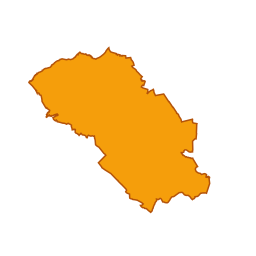 Targu Carbunesti, Gorj, Romania, rotated 50°
{"feature_id": "2599482B79370866887971", "entity_name": "Targu Carbunesti", "entity_type": "district", "adm_level": 2, "iso_a3": "ROU", "parent_name": "Romania", "parent_adm1": "Gorj", "projection": "robinson", "projection_center": [23.515, 44.967], "detail": "fine", "context": "isolated", "style": "filled", "palette": "amber", "viewbox_px": 256, "rotation_deg": 50, "n_neighbors": 0, "source": "geoboundaries", "source_scale": "gbopen_adm2", "svg_char_len": 5715}
<svg xmlns="http://www.w3.org/2000/svg" viewBox="0 0 256 256"><g transform="rotate(50 128 128)"><path d="M94.6,170.4L94.7,169.7L95.3,169.3L97.3,171.2L98.4,171.2L100.0,170.3L100.4,170.4L101.2,170.1L102.2,170.2L102.0,169.2L102.1,168.6L101.7,167.7L101.9,167.4L103.9,167.4L105.1,166.3L106.0,165.7L107.5,165.5L108.5,166.0L109.2,165.6L109.0,165.1L108.4,164.6L108.1,163.0L110.0,162.0L110.7,161.1L111.1,160.2L112.2,159.7L112.5,159.3L112.6,159.0L114.6,160.3L115.1,160.4L116.1,160.9L120.0,163.6L122.1,163.3L124.0,162.6L132.1,162.8L132.9,162.5L134.6,162.5L135.6,173.0L140.8,173.2L141.6,173.5L145.1,172.6L151.9,170.4L160.8,169.8L161.8,169.4L162.1,169.7L162.7,169.7L167.0,169.3L167.2,169.1L167.8,169.2L173.3,168.8L174.3,168.9L174.9,169.2L175.3,170.7L175.9,170.8L176.5,170.8L177.8,170.3L179.6,169.3L181.9,171.1L182.8,171.7L183.1,171.7L184.2,171.2L185.1,170.4L185.8,170.3L187.4,168.8L189.3,167.3L193.9,165.5L195.9,165.2L195.9,165.7L196.1,165.9L196.0,167.2L195.3,168.2L196.6,168.4L198.4,168.0L199.3,167.0L200.4,166.9L201.6,165.7L203.7,165.5L206.0,165.1L206.1,164.9L207.2,164.8L207.0,162.9L205.7,161.0L205.5,160.2L204.8,159.4L203.8,157.5L203.4,156.3L202.6,155.2L202.1,152.9L201.4,152.2L200.7,151.9L200.9,151.6L201.5,151.6L202.2,151.0L202.5,149.8L202.4,149.1L202.8,148.4L203.4,148.2L204.9,148.4L207.0,148.9L208.0,147.9L208.7,147.7L209.7,146.9L210.5,146.0L210.7,145.2L210.6,144.7L210.0,142.2L209.5,141.2L209.0,139.1L209.1,138.3L209.6,137.7L210.0,136.7L210.4,130.5L211.6,128.5L212.2,127.9L212.7,127.7L215.4,127.7L217.0,126.8L218.3,125.2L220.3,124.7L222.8,124.9L224.2,124.7L224.1,124.3L224.6,123.0L224.4,121.7L224.0,121.0L224.1,120.6L223.9,120.6L225.1,118.7L225.2,117.5L224.7,114.4L225.6,112.8L227.8,110.1L228.4,109.8L223.0,101.1L218.7,98.3L218.6,97.5L218.0,97.2L217.0,97.5L217.4,98.2L216.7,98.3L216.7,98.6L215.8,98.6L215.8,98.9L216.2,99.5L215.7,99.8L214.1,97.8L212.7,98.3L212.0,98.9L210.9,101.5L209.2,101.8L207.8,103.0L205.4,103.7L204.6,103.6L203.2,103.1L202.5,102.5L201.9,101.0L202.3,99.5L193.4,98.1L192.8,97.8L192.0,98.6L191.9,99.3L190.9,99.4L190.1,100.3L189.5,100.4L189.0,101.2L187.5,101.8L187.2,102.5L185.1,102.8L184.3,103.5L184.1,103.4L184.2,103.1L182.2,103.3L181.7,103.1L181.3,103.2L181.0,103.0L182.0,101.9L182.3,100.7L181.4,99.7L181.3,98.6L181.5,98.2L182.5,97.3L185.4,96.6L186.4,95.9L187.8,93.9L186.6,93.0L186.6,92.6L179.6,87.0L179.3,83.7L180.1,82.9L176.2,78.9L175.8,78.8L169.6,73.2L169.0,72.4L166.1,74.8L165.4,74.9L163.3,73.7L163.0,73.4L163.1,73.2L162.7,73.0L157.8,83.0L155.3,81.8L152.1,81.4L150.7,81.0L150.4,80.8L149.4,80.7L148.1,81.3L147.7,80.9L141.2,80.1L141.1,80.4L134.2,79.6L134.1,79.9L124.9,78.8L120.8,86.1L117.4,85.2L115.5,84.0L114.6,83.8L114.6,84.9L114.0,86.6L113.9,87.8L113.9,89.6L114.2,90.8L113.7,91.0L113.0,89.6L111.2,88.1L107.1,90.7L105.2,91.4L104.8,90.7L104.6,89.2L105.6,88.7L103.4,85.0L102.8,84.9L102.5,85.2L102.1,85.3L101.9,85.5L102.0,85.8L101.7,86.1L101.5,86.7L100.9,87.1L101.2,87.3L100.5,87.2L100.7,86.5L99.9,86.5L99.2,86.9L98.4,86.6L98.2,85.8L98.3,85.5L97.7,84.1L97.2,84.5L96.1,84.3L95.6,84.5L92.3,84.6L90.1,84.9L88.8,84.5L87.3,84.7L84.6,85.5L83.1,85.3L83.8,83.0L81.1,81.8L78.8,81.5L78.1,81.7L75.7,80.7L73.1,84.6L71.1,83.4L68.6,86.0L69.0,86.4L67.8,87.3L67.5,87.8L66.9,87.1L65.5,88.1L65.1,88.4L65.3,89.2L64.4,89.2L64.1,89.6L63.5,89.1L60.0,91.5L58.4,92.4L55.7,92.0L54.2,91.1L54.2,92.2L54.8,95.1L55.5,96.7L55.8,99.2L55.7,103.1L55.4,105.0L54.7,107.0L54.6,108.4L53.6,108.8L52.5,110.0L51.5,110.1L51.4,110.3L51.1,110.1L50.9,110.4L50.5,110.4L50.6,110.0L50.3,110.0L50.1,110.2L49.6,110.1L49.3,110.5L49.0,110.4L48.9,110.1L48.5,110.1L47.5,110.7L47.7,110.9L47.4,111.0L47.1,110.9L47.0,111.4L46.8,111.4L46.8,111.8L46.4,111.9L46.3,112.4L45.7,112.7L45.2,112.5L44.2,112.7L44.2,113.1L43.9,113.2L43.7,113.7L42.6,114.6L41.9,114.7L41.7,115.3L40.9,115.9L39.0,116.1L38.9,117.2L39.2,117.6L39.2,118.5L39.5,118.9L39.2,118.9L39.3,119.1L39.3,119.6L39.0,119.7L39.2,121.0L39.5,122.1L39.7,122.4L39.6,122.6L39.8,123.1L39.5,123.6L39.7,124.3L39.5,124.9L39.7,125.6L39.4,126.4L38.7,128.0L36.9,129.4L37.0,129.6L36.1,131.3L32.6,134.1L32.3,135.1L31.8,135.8L32.0,136.1L31.7,137.4L31.9,137.7L31.2,138.8L30.9,140.3L30.9,141.9L30.8,142.3L31.1,143.7L30.9,144.5L31.0,144.9L30.8,145.3L30.7,146.0L31.2,146.5L31.1,147.0L31.4,147.4L31.5,148.5L29.6,152.8L29.2,153.0L28.9,154.6L29.0,156.3L28.8,156.5L29.1,156.7L29.1,157.4L28.6,159.4L28.1,160.4L28.1,161.2L27.9,161.9L28.0,162.1L27.6,162.7L28.3,163.1L28.3,163.4L28.0,163.8L28.0,164.2L27.7,164.6L27.8,164.8L28.1,165.0L28.0,165.3L28.2,165.5L27.9,166.0L28.5,167.1L28.5,167.7L28.8,168.1L29.0,168.9L29.6,169.2L29.4,169.6L29.4,169.8L29.8,169.8L29.9,170.2L29.6,170.5L29.8,170.9L29.5,171.7L29.9,171.7L29.9,172.1L29.4,172.3L29.3,172.7L29.4,172.9L29.0,173.1L29.3,173.5L29.2,174.5L29.6,174.7L34.2,174.2L38.8,174.3L39.3,174.1L40.1,174.1L39.8,174.4L40.0,174.6L40.8,174.6L42.9,175.2L42.6,174.8L44.3,173.8L44.6,173.8L44.8,174.2L45.4,174.5L46.5,174.0L47.1,173.6L50.5,175.4L52.5,176.8L59.8,178.0L60.5,177.7L60.4,177.2L61.4,177.3L64.1,176.6L64.6,177.2L64.6,177.8L65.1,178.0L65.1,178.4L64.7,178.5L64.6,179.0L64.7,180.0L65.2,180.8L65.3,181.7L65.8,181.7L65.6,181.1L65.7,180.9L66.9,183.5L67.3,183.6L67.5,182.7L67.5,179.9L68.9,180.1L69.1,178.9L69.8,179.0L69.9,178.1L70.0,178.0L70.4,176.7L70.6,176.4L70.5,175.9L70.9,175.7L71.2,174.3L71.8,173.2L72.0,173.2L72.9,173.2L73.2,173.6L73.1,174.1L72.5,174.9L72.6,175.1L72.5,175.5L72.1,175.9L72.4,176.7L72.1,177.3L72.1,178.1L71.9,178.3L71.8,178.8L72.5,178.9L72.9,179.3L73.8,179.4L75.2,179.2L75.9,178.9L75.7,178.3L75.9,177.8L76.6,178.2L77.0,178.1L77.3,177.7L77.8,178.1L78.1,177.9L79.3,176.9L82.3,174.9L83.6,173.6L85.7,172.5L85.8,171.2L86.1,170.7L86.8,170.6L87.8,170.0L89.5,169.5L90.5,170.5L92.2,171.1L93.6,171.9L94.1,170.4L94.6,170.4Z" fill="#f59e0b" stroke="#b45309" stroke-width="1.5"/></g></svg>